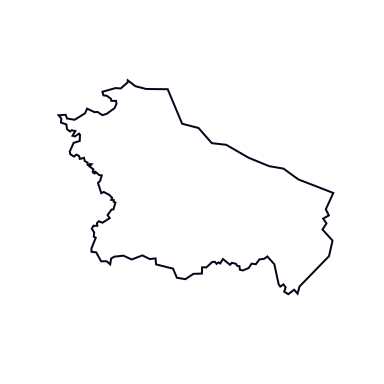 Ahafo Ano South East, Ashanti, Ghana, rotated 106°
{"feature_id": "2480657B91945870955547", "entity_name": "Ahafo Ano South East", "entity_type": "district", "adm_level": 2, "iso_a3": "GHA", "parent_name": "Ghana", "parent_adm1": "Ashanti", "projection": "mercator", "projection_center": [-1.89, 6.904], "detail": "medium", "context": "isolated", "style": "outline", "palette": "ink", "viewbox_px": 384, "rotation_deg": 106, "n_neighbors": 0, "source": "geoboundaries", "source_scale": "gbopen_adm2", "svg_char_len": 1945}
<svg xmlns="http://www.w3.org/2000/svg" viewBox="0 0 384 384"><g transform="rotate(106 192 192)"><path d="M154.0,55.9L150.6,93.2L144.3,110.5L145.9,124.8L143.5,146.9L137.2,172.2L139.6,186.4L128.7,203.3L129.1,220.3L99.9,243.7L105.6,264.4L105.9,275.7L102.4,284.5L104.4,284.1L112.1,289.0L113.2,294.2L120.3,305.7L123.5,303.8L123.0,300.5L124.8,295.5L126.6,294.7L125.4,290.1L128.0,288.9L132.8,289.6L140.4,295.6L142.8,299.3L141.1,304.9L142.1,307.7L140.8,315.8L145.8,316.5L154.9,324.7L155.8,332.3L152.6,334.8L155.0,341.4L157.5,337.8L161.4,337.1L161.7,331.4L166.1,329.4L167.5,325.9L165.8,324.7L165.6,320.9L170.9,322.4L170.9,319.9L167.0,316.7L167.9,315.4L173.9,314.0L177.4,319.3L186.8,320.7L189.2,319.4L190.5,315.2L187.9,313.4L188.6,310.4L191.1,308.9L188.9,305.3L191.8,303.6L192.6,300.4L194.6,300.0L195.0,298.4L193.3,297.9L193.0,296.2L195.7,297.5L197.4,293.1L199.5,293.1L199.5,291.3L200.7,292.1L201.0,290.6L199.3,290.2L201.3,285.8L200.9,283.3L206.6,283.4L209.2,284.9L218.1,278.9L216.3,276.8L217.5,270.9L219.6,267.1L221.8,267.5L221.4,264.9L223.0,264.6L223.2,262.7L230.4,262.7L231.0,264.5L237.5,266.8L239.8,263.9L246.2,269.6L245.8,273.6L248.2,274.8L250.6,273.7L251.6,277.4L254.9,278.2L257.8,274.9L262.0,274.1L262.5,271.9L274.0,273.1L277.2,272.1L276.4,267.5L283.7,260.2L282.1,255.0L284.1,250.7L278.3,251.4L275.6,248.9L272.1,240.4L273.5,231.4L266.6,222.2L268.1,214.2L265.9,208.7L271.5,206.6L270.9,189.1L278.6,182.9L277.6,174.3L270.3,168.1L267.7,160.0L261.6,161.5L260.5,157.4L253.6,153.2L252.8,150.6L254.3,148.6L252.3,147.1L252.9,145.2L247.9,143.8L251.5,135.4L249.1,134.2L248.9,130.0L250.6,128.0L250.2,126.0L253.5,124.5L253.4,121.5L249.5,116.6L244.5,115.0L243.8,110.7L238.2,108.6L236.3,104.2L233.2,101.8L238.7,93.0L256.9,83.2L258.6,81.1L255.6,78.6L257.9,75.7L262.4,75.9L263.7,71.3L257.8,66.9L260.6,62.5L253.2,62.6L215.9,42.6L200.0,43.5L192.1,56.2L185.1,54.1L181.4,58.6L176.8,54.0L171.8,58.6L154.0,55.9Z" fill="none" stroke="#020617" stroke-width="2"/></g></svg>